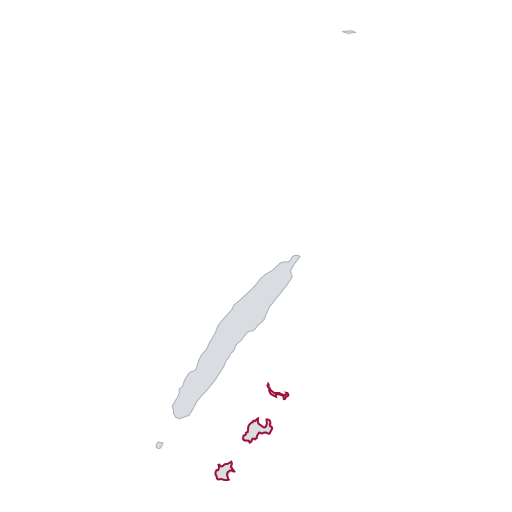 Îles Loyauté highlighted on a map of New Caledonia, rotated 89°
{"feature_id": "NCL-1258", "entity_name": "Îles Loyauté", "entity_type": "Province", "adm_level": 1, "iso_a3": "NCL", "parent_name": "New Caledonia", "parent_adm1": "", "projection": "mercator", "projection_center": [167.211, -21.021], "detail": "fine", "context": "in_parent", "style": "outline", "palette": "rose", "viewbox_px": 512, "rotation_deg": 89, "n_neighbors": 0, "source": "natural_earth", "source_scale": "10m", "svg_char_len": 4285}
<svg xmlns="http://www.w3.org/2000/svg" viewBox="0 0 512 512"><g transform="rotate(89 256 256)"><path d="M265.0,218.1L271.2,221.7L277.7,220.2L286.0,225.9L307.1,243.4L314.5,247.0L318.9,248.5L322.2,251.3L325.1,255.3L329.1,258.2L330.9,260.8L331.3,264.4L332.8,266.6L340.1,272.4L344.5,277.5L350.6,280.1L353.2,283.1L356.6,284.6L360.1,287.7L366.0,290.2L379.4,299.1L389.7,307.7L394.8,312.9L400.4,317.6L407.5,321.4L414.1,325.7L417.5,335.8L415.6,339.4L411.8,341.2L408.3,341.3L405.0,342.5L393.9,336.0L391.3,335.0L388.3,335.4L386.7,334.0L385.5,331.9L378.7,329.5L372.5,325.6L370.6,323.0L369.6,319.7L368.1,317.9L359.2,315.0L353.2,311.8L348.9,307.3L342.2,304.2L331.7,297.8L326.3,295.8L321.6,292.6L309.0,281.0L304.5,278.8L300.6,273.7L289.7,261.5L284.5,256.4L278.8,252.0L274.4,246.7L271.1,240.5L263.3,231.7L262.3,227.9L262.6,224.0L260.8,221.5L257.6,220.0L256.1,217.4L256.2,213.8L257.3,212.0L265.0,218.1ZM439.1,271.3L436.1,271.8L432.1,267.6L424.5,265.5L421.2,261.8L419.0,257.4L423.3,256.3L427.6,250.5L424.7,248.3L419.7,247.9L420.3,245.6L428.4,242.9L431.9,244.5L433.5,246.3L433.2,255.6L436.9,258.5L440.7,265.1L440.7,267.0L439.1,271.3ZM472.3,287.0L474.8,288.1L479.2,287.9L478.2,297.9L472.0,299.5L469.9,299.4L468.5,297.3L464.9,295.9L465.1,292.5L461.6,284.8L467.6,283.7L471.0,281.6L470.8,283.5L471.4,285.7L472.3,287.0ZM392.6,244.4L389.7,245.0L393.2,239.6L393.3,236.4L394.7,230.0L394.5,227.8L396.8,228.1L399.3,229.9L396.5,231.5L395.5,234.3L395.6,237.8L396.7,238.4L394.9,242.2L392.6,244.4ZM446.9,357.1L445.2,359.3L443.0,358.8L441.4,358.0L440.2,356.8L441.4,352.2L446.1,354.5L446.9,357.1ZM33.8,164.1L32.9,165.3L32.5,156.1L34.2,152.7L35.0,159.8L33.8,164.1Z" fill="#d9dde1" stroke="#a8b0b8" stroke-width="1"/><path d="M440.8,263.5L441.5,264.1L442.3,264.9L442.5,265.6L440.8,266.3L440.4,267.1L440.4,269.3L440.3,270.5L439.9,271.3L439.4,271.8L438.5,272.3L437.6,271.9L436.4,271.9L435.3,271.5L434.8,269.7L434.4,269.5L433.5,269.3L432.6,269.1L432.2,268.6L432.1,267.6L431.8,267.3L426.8,266.7L425.2,266.2L423.8,264.9L422.5,263.5L422.4,263.1L422.3,262.6L422.1,262.1L420.9,261.7L420.6,261.1L420.6,260.4L421.0,259.6L418.8,257.6L418.4,256.8L421.7,257.0L422.8,256.8L423.9,256.2L424.5,255.5L425.5,254.0L427.1,252.0L427.6,250.9L427.3,249.6L426.7,249.2L423.8,248.0L419.7,248.4L419.6,247.9L419.8,246.6L420.5,245.4L421.6,244.8L423.4,244.5L423.8,244.6L424.2,245.0L424.6,245.1L425.0,245.2L425.7,245.2L426.2,245.0L426.6,244.6L426.9,244.0L427.0,243.4L428.8,242.8L432.9,245.1L433.6,245.2L434.0,246.3L433.6,247.3L432.9,248.3L432.6,249.4L432.6,250.1L432.9,251.6L433.6,253.2L433.4,253.9L432.7,255.1L432.6,255.8L432.7,256.2L433.2,256.4L433.7,256.6L434.2,257.0L434.8,257.5L435.3,257.8L436.7,258.3L437.3,258.4L437.8,258.4L438.2,258.5L438.5,259.2L438.7,259.5L439.0,260.1L439.3,260.3L438.7,261.3L438.5,261.9L438.5,262.4L439.0,263.0L439.6,263.3L440.2,263.3L440.8,263.5ZM479.1,287.1L479.5,288.3L479.5,290.4L479.1,292.7L478.4,294.3L478.7,297.0L478.6,298.3L477.9,298.8L477.2,298.9L475.2,299.5L473.6,300.4L471.3,300.2L469.4,299.2L469.5,297.6L468.3,297.1L466.9,296.7L465.4,296.7L464.2,297.2L464.0,296.8L463.9,296.6L463.9,296.3L464.5,296.0L465.1,295.4L465.7,294.6L465.8,293.5L465.5,293.1L464.3,291.7L463.9,291.2L463.5,290.1L463.4,288.6L463.2,287.6L462.7,286.6L461.2,284.3L462.0,283.9L462.7,283.8L463.4,283.8L464.2,283.9L465.6,284.6L466.5,284.8L467.4,284.0L471.0,281.5L471.1,282.3L470.1,283.8L469.8,284.9L470.1,285.9L470.8,287.0L471.5,287.9L472.1,288.4L473.8,288.8L475.7,288.5L477.6,287.9L479.1,287.1ZM397.5,228.5L398.1,228.9L399.5,229.7L399.7,230.1L399.5,230.7L398.9,230.9L397.3,230.9L396.6,231.0L396.1,231.5L395.8,232.1L395.7,232.7L395.5,232.8L394.7,235.0L394.4,235.7L394.3,236.6L394.5,238.2L394.8,238.6L395.5,238.7L397.1,238.4L395.0,242.4L394.1,243.6L393.3,244.2L392.1,244.7L390.8,245.1L389.7,245.2L389.3,244.8L388.9,244.4L389.8,244.1L390.5,243.5L391.9,242.0L392.8,240.8L393.2,240.1L393.4,239.0L393.3,235.5L393.6,234.7L394.2,233.8L394.9,232.7L395.4,231.5L395.7,230.4L395.5,229.3L394.4,227.9L393.9,227.4L393.7,227.4L393.4,227.7L393.5,227.1L394.1,226.6L394.9,226.2L395.7,226.1L396.4,226.4L396.8,227.1L397.1,227.8L397.5,228.5ZM386.0,245.6L386.4,245.6L387.8,245.6L387.5,246.1L387.0,246.4L385.6,246.8L385.3,246.5L385.0,246.3L384.6,246.1L384.1,246.0L384.5,245.7L385.0,245.6L385.4,245.6L386.0,245.6Z" fill="none" stroke="#9f1239" stroke-width="2"/></g></svg>